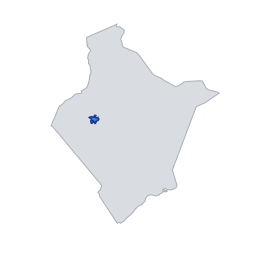 location of Mogotio, Rift Valley, Kenya, rotated 21°
{"feature_id": "3690345B85271046016228", "entity_name": "Mogotio", "entity_type": "district", "adm_level": 2, "iso_a3": "KEN", "parent_name": "Kenya", "parent_adm1": "Rift Valley", "projection": "orthographic", "projection_center": [35.951, 0.165], "detail": "fine", "context": "in_parent", "style": "filled", "palette": "blue", "viewbox_px": 256, "rotation_deg": 21, "n_neighbors": 0, "source": "geoboundaries", "source_scale": "gbopen_adm2", "svg_char_len": 4649}
<svg xmlns="http://www.w3.org/2000/svg" viewBox="0 0 256 256"><g transform="rotate(21 128 128)"><path d="M55.5,153.6L55.4,150.5L55.8,142.5L55.8,135.6L56.2,132.1L57.9,129.9L58.7,128.3L59.3,126.1L60.2,124.2L62.2,122.8L62.6,121.9L64.7,119.5L66.0,116.3L67.0,115.2L68.2,114.2L69.1,113.7L70.5,113.1L71.6,112.8L71.8,112.6L71.9,112.1L71.5,110.1L72.0,109.4L72.7,108.1L73.6,106.9L74.4,106.1L74.8,105.3L75.0,103.9L75.1,102.9L75.1,101.3L74.8,97.7L73.9,94.6L73.3,91.2L73.8,90.1L73.0,88.0L72.7,87.9L72.1,87.5L71.3,85.6L70.8,83.9L70.4,83.4L68.0,81.9L66.8,78.4L65.4,77.6L64.7,74.1L64.6,73.0L65.3,69.5L65.3,68.7L64.4,68.0L62.2,67.2L60.3,65.8L60.5,65.3L60.7,64.7L59.7,64.4L56.9,58.3L60.5,54.7L64.2,51.1L69.0,46.4L73.3,42.2L77.1,38.5L80.4,35.2L80.3,35.8L80.3,36.7L80.8,37.2L81.4,37.5L82.4,37.2L83.2,36.7L84.0,36.5L89.1,37.9L89.9,39.1L89.9,40.4L90.1,41.3L89.7,42.2L89.3,45.1L89.4,47.7L90.9,49.6L92.2,51.1L93.3,53.2L94.1,53.8L95.2,54.2L98.6,54.3L103.8,54.4L108.7,54.5L109.1,54.6L110.2,54.9L114.7,57.7L118.9,60.3L122.4,62.6L125.8,64.8L129.1,67.0L131.7,68.7L134.2,69.3L138.3,69.5L141.2,69.6L143.8,70.4L147.7,71.1L150.6,71.4L152.4,71.8L157.3,72.3L158.1,72.0L160.3,70.0L162.7,66.8L163.6,65.1L166.7,63.3L172.2,60.8L176.0,59.1L180.3,57.4L182.3,58.9L185.0,61.3L186.2,62.5L187.1,63.0L188.6,63.4L190.4,63.4L191.3,63.3L193.3,63.0L198.0,62.7L200.6,62.7L198.4,66.0L195.7,69.8L190.9,76.9L187.1,80.6L184.3,83.4L184.1,83.9L184.1,87.1L184.1,94.8L184.2,110.1L184.3,125.5L184.4,140.9L184.4,148.6L184.4,151.1L186.9,154.4L189.3,157.5L192.5,161.7L194.3,163.9L194.5,164.7L194.4,166.2L191.8,169.3L189.6,170.7L186.7,171.4L185.8,171.3L184.7,170.9L184.2,171.6L183.9,172.8L183.2,172.5L182.7,172.2L183.0,174.3L183.3,175.3L182.9,176.7L181.5,177.9L181.3,178.9L178.3,181.6L173.9,181.9L171.6,183.2L170.6,184.3L169.8,186.7L170.1,190.3L168.8,193.1L168.6,194.5L166.3,196.4L165.3,198.0L164.6,199.7L164.0,200.5L163.2,204.3L162.1,206.6L161.8,207.4L161.6,208.1L160.7,209.4L160.2,210.4L159.8,211.0L157.2,216.9L155.1,219.6L153.5,219.3L152.4,220.3L152.3,220.8L151.7,220.5L150.3,219.5L147.5,217.5L144.8,215.5L142.0,213.5L139.2,211.5L136.4,209.5L133.6,207.5L130.8,205.5L128.1,203.4L126.4,202.3L125.7,201.6L125.1,200.2L124.9,199.8L124.1,199.4L123.2,199.3L123.0,199.0L123.0,198.4L123.3,197.4L124.3,195.6L124.4,194.5L124.2,193.2L123.9,191.3L123.6,190.8L121.8,189.8L117.9,187.6L114.0,185.4L110.2,183.3L106.3,181.1L102.4,178.9L98.5,176.8L94.6,174.6L90.7,172.4L86.8,170.3L83.0,168.1L79.1,165.9L75.2,163.7L71.3,161.6L67.4,159.4L63.5,157.2L59.6,155.1L58.2,154.3L56.8,153.6L55.5,153.6ZM184.6,174.6L184.0,174.8L184.3,173.8L186.3,172.4L187.1,172.7L187.3,173.0L187.2,173.3L186.9,173.6L184.6,174.6Z" fill="#d9dde1" stroke="#a8b0b8" stroke-width="1"/><path d="M88.6,131.4L88.5,131.5L88.4,131.5L88.2,131.7L88.2,131.8L88.1,132.0L88.3,132.0L88.4,131.9L88.5,131.8L88.8,131.9L89.0,132.1L89.1,132.3L89.3,132.4L89.3,132.5L89.6,132.5L89.7,132.4L89.9,132.3L90.0,132.4L90.2,132.5L90.3,132.6L90.5,132.8L90.7,133.0L90.8,133.1L90.8,133.3L91.0,133.5L91.0,133.8L90.9,133.9L90.8,134.0L90.7,134.1L90.7,134.3L90.7,134.5L90.6,134.8L90.8,135.0L91.0,135.2L91.1,135.3L91.2,135.5L91.3,135.6L91.4,135.8L91.5,135.9L91.5,136.0L91.8,136.2L92.1,136.7L92.3,136.7L92.5,136.5L92.5,136.4L92.8,136.2L92.9,135.9L93.0,135.8L93.0,135.7L93.2,135.4L93.3,135.1L93.3,134.9L93.2,134.8L93.1,134.7L92.8,134.5L92.6,134.2L92.4,134.0L92.5,133.7L92.8,133.6L93.0,133.7L93.0,133.8L93.1,134.0L93.4,134.2L93.5,134.2L93.7,134.3L93.8,134.4L93.8,134.6L94.0,134.8L94.4,134.9L94.5,134.9L94.5,135.0L94.8,135.2L95.0,135.3L95.3,135.4L95.4,135.5L95.6,135.3L95.7,135.2L95.8,135.2L95.7,135.0L95.7,134.8L95.7,134.7L95.7,134.4L95.6,134.1L95.9,134.2L96.0,134.2L96.1,133.9L96.1,133.7L96.2,133.3L96.2,133.2L96.3,133.0L96.3,132.9L96.3,132.7L96.3,132.4L96.4,132.2L96.4,131.9L96.5,131.8L96.9,131.7L97.0,131.7L97.3,131.6L97.3,131.4L97.2,131.3L97.2,131.2L97.3,131.0L97.5,130.9L97.6,130.7L97.5,130.4L97.5,130.2L97.4,130.2L97.3,129.9L97.2,129.7L96.9,129.6L96.6,129.6L96.4,129.6L96.3,129.4L96.2,129.4L95.9,129.3L95.9,129.2L95.8,129.3L95.7,129.4L95.6,129.5L95.4,129.7L95.2,129.7L94.9,129.7L94.7,129.8L94.2,129.8L93.9,129.8L93.7,129.8L93.4,129.8L93.4,129.7L93.5,129.6L93.5,129.4L93.5,129.2L93.6,128.9L93.5,128.7L93.6,128.4L93.6,128.2L93.6,127.9L93.4,127.8L93.2,127.9L93.0,128.1L92.9,128.1L92.7,128.1L92.4,128.1L92.4,128.3L92.3,128.5L92.3,128.8L92.3,129.0L92.2,129.3L92.3,129.3L92.3,129.5L92.2,129.5L92.2,129.8L92.2,130.0L91.9,130.2L91.8,130.3L91.7,130.3L91.4,130.3L91.2,130.3L90.9,130.5L90.7,130.5L90.4,130.6L90.2,130.5L89.9,130.5L89.7,130.5L89.6,130.8L89.8,130.9L89.8,131.0L89.7,131.1L89.3,131.2L89.3,131.3L89.2,131.3L89.0,131.2L88.6,131.4Z" fill="#3b82f6" stroke="#1e3a8a" stroke-width="1.5"/></g></svg>